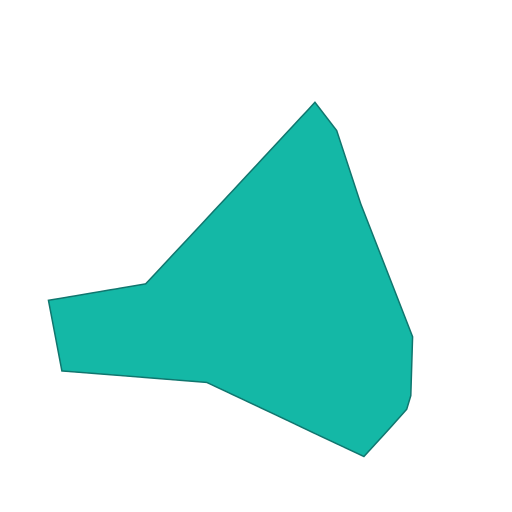 outline of Vlieland, Netherlands, rotated 106°
{"feature_id": "6326949B88716903522268", "entity_name": "Vlieland", "entity_type": "district", "adm_level": 2, "iso_a3": "NLD", "parent_name": "Netherlands", "parent_adm1": "", "projection": "mercator", "projection_center": [5.012, 53.205], "detail": "fine", "context": "isolated", "style": "filled", "palette": "teal", "viewbox_px": 512, "rotation_deg": 106, "n_neighbors": 0, "source": "geoboundaries", "source_scale": "gbopen_adm2", "svg_char_len": 991}
<svg xmlns="http://www.w3.org/2000/svg" viewBox="0 0 512 512"><g transform="rotate(106 256 256)"><path d="M405.0,182.8L410.2,151.7L414.4,125.6L419.0,97.0L391.1,83.1L383.8,79.5L361.8,68.9L347.6,68.7L290.5,83.2L249.5,114.4L177.0,169.7L113.2,213.0L92.0,241.7L97.0,244.2L103.4,247.4L110.1,250.9L120.2,256.0L130.6,261.3L140.3,266.2L147.4,269.8L150.3,271.3L160.9,276.7L169.3,280.9L170.6,281.6L175.1,283.9L180.6,286.7L186.7,289.8L193.0,293.0L199.0,296.0L205.7,299.5L211.3,302.3L218.1,305.8L224.1,308.9L231.2,312.5L237.8,315.8L245.2,319.6L250.7,322.4L257.2,325.7L263.0,328.7L270.4,332.5L277.0,335.9L283.7,339.3L290.2,342.6L296.3,345.7L304.5,349.9L313.2,354.4L317.3,362.9L320.8,370.2L324.7,378.4L325.4,379.7L326.7,382.4L328.6,386.6L332.3,394.2L333.1,395.8L336.6,403.2L340.8,411.9L344.2,418.9L347.3,425.5L347.5,425.8L350.7,432.5L353.8,439.1L355.8,443.3L391.6,425.2L395.0,423.5L420.0,410.9L409.2,358.0L400.3,313.9L391.1,268.5L405.0,182.8Z" fill="#14b8a6" stroke="#0f766e" stroke-width="1.5"/></g></svg>